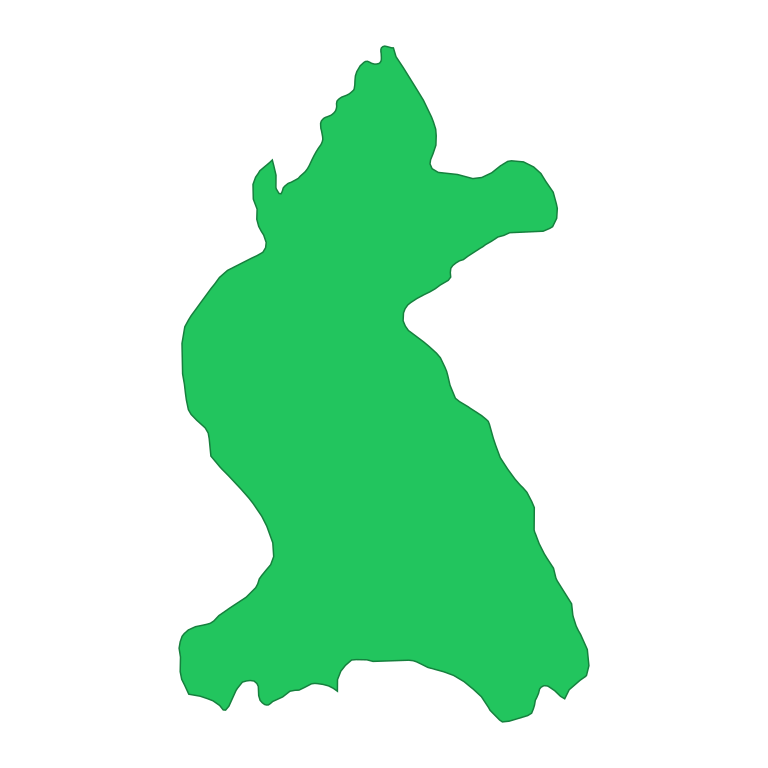 Rabinal, Baja Verapaz, Guatemala
{"feature_id": "79465075B87613469920283", "entity_name": "Rabinal", "entity_type": "district", "adm_level": 2, "iso_a3": "GTM", "parent_name": "Guatemala", "parent_adm1": "Baja Verapaz", "projection": "albers", "projection_center": [-90.508, 15.131], "detail": "fine", "context": "isolated", "style": "filled", "palette": "green", "viewbox_px": 768, "rotation_deg": 0, "n_neighbors": 0, "source": "geoboundaries", "source_scale": "gbopen_adm2", "svg_char_len": 4315}
<svg xmlns="http://www.w3.org/2000/svg" viewBox="0 0 768 768"><path d="M272.3,160.0L269.9,162.3L259.8,170.8L258.4,173.2L255.6,177.2L253.0,184.4L253.3,199.1L257.1,209.1L256.8,219.3L258.7,226.4L261.3,231.3L263.7,235.1L266.2,242.5L265.6,247.7L263.0,252.1L261.5,253.1L259.7,254.1L256.9,255.7L251.5,258.2L227.5,270.4L219.5,277.4L214.7,284.0L211.2,288.3L207.4,293.5L201.3,301.8L196.3,308.7L191.2,315.6L188.5,320.0L184.8,326.8L182.0,343.4L182.6,373.9L184.4,384.1L185.5,393.6L186.4,400.1L188.4,409.7L191.1,414.4L196.7,420.2L205.2,427.9L208.2,433.0L209.2,438.6L210.9,456.1L220.0,467.0L222.3,469.5L228.2,475.4L241.2,489.3L249.0,498.2L253.2,503.6L261.8,516.3L266.8,526.2L272.8,542.8L273.7,556.6L270.7,564.7L265.9,570.4L261.8,575.4L259.3,578.9L257.7,584.0L255.7,587.7L246.2,597.2L230.4,607.6L218.9,615.6L213.8,621.0L210.3,623.3L206.8,624.3L202.3,625.3L195.5,626.7L188.4,629.9L184.3,633.5L182.1,636.3L180.2,641.8L179.1,648.2L180.5,657.1L180.2,671.7L181.7,679.3L184.6,685.1L188.8,694.2L200.2,696.2L207.6,698.7L213.0,700.8L219.7,705.5L223.2,709.9L225.6,710.1L228.9,706.2L236.0,690.5L237.5,688.2L242.4,682.1L246.6,680.9L250.2,680.5L254.0,681.0L256.9,683.5L258.3,686.4L258.7,695.6L260.1,700.3L262.3,702.8L264.6,704.5L266.6,705.0L268.4,704.9L270.3,703.6L272.7,701.5L282.7,696.9L290.0,691.2L294.9,690.3L299.0,690.1L304.6,687.4L311.5,683.8L314.8,683.4L317.5,683.6L323.0,684.4L328.6,685.9L333.3,688.3L337.4,691.2L337.5,679.6L340.8,671.2L345.4,665.4L351.6,660.0L356.1,659.6L366.9,659.8L373.0,661.4L408.7,660.2L413.2,660.7L416.5,661.8L421.5,664.2L427.8,667.4L443.5,671.7L453.6,675.4L464.0,681.6L470.8,687.2L473.2,689.1L481.4,696.7L488.6,707.6L490.0,710.2L492.1,712.4L499.6,720.0L502.4,721.9L509.1,721.2L527.7,715.6L531.6,713.2L533.4,708.8L534.5,705.1L535.3,700.3L536.7,697.6L538.5,693.4L539.6,689.0L541.1,687.2L543.8,685.7L546.2,685.8L547.8,686.1L549.3,687.0L554.7,690.7L560.5,696.3L564.7,698.8L569.2,689.7L580.3,680.1L585.6,676.4L586.5,675.4L588.9,665.7L587.3,649.5L580.6,634.5L578.3,630.5L576.1,625.9L573.3,617.1L572.8,615.0L571.6,603.8L557.1,580.7L555.9,578.1L553.5,568.2L546.7,557.8L545.8,556.3L544.3,553.9L539.1,543.6L535.5,534.0L534.7,532.2L534.1,529.9L534.3,507.6L531.8,501.7L526.9,492.3L523.1,487.9L520.5,485.4L518.6,483.3L514.9,479.0L507.8,469.3L500.2,457.6L495.6,445.2L493.3,438.3L489.4,424.3L488.2,421.3L486.3,419.5L481.6,415.6L472.8,409.9L470.3,408.3L468.2,406.8L459.5,401.6L455.4,398.3L450.0,385.2L447.7,375.3L446.6,371.3L444.9,367.2L440.4,357.8L436.5,353.2L429.0,346.4L424.0,342.2L408.4,330.5L405.3,326.1L403.1,320.8L403.5,312.9L405.1,308.7L407.8,304.9L410.8,302.5L416.9,298.5L424.0,294.7L429.8,291.9L435.3,288.7L440.1,285.1L448.3,280.3L450.7,277.1L450.3,272.6L450.8,268.3L452.8,265.5L455.9,263.0L459.5,260.8L463.4,259.6L467.9,256.2L480.4,248.1L482.7,246.8L485.6,244.6L491.4,241.3L497.9,237.0L503.8,235.4L509.7,232.7L543.2,231.2L549.7,228.4L552.6,226.7L556.7,218.3L557.3,208.4L556.4,204.0L553.2,192.2L545.7,181.3L540.9,173.5L533.7,167.0L523.5,161.9L511.5,160.8L507.7,161.4L500.5,165.8L491.7,172.8L481.8,177.5L472.8,178.6L457.5,174.5L438.2,172.4L432.1,168.7L430.0,163.9L430.6,159.7L433.0,153.8L435.9,145.2L436.2,135.7L435.7,129.2L433.4,121.9L431.5,117.0L423.4,100.2L415.0,86.5L403.3,67.7L396.0,56.7L393.4,47.9L391.4,47.8L389.3,47.2L387.1,46.6L384.7,46.1L382.9,46.6L381.4,47.9L380.9,49.5L380.9,51.7L381.2,53.6L381.4,57.9L381.3,60.0L380.9,61.3L379.9,62.8L378.9,63.5L377.6,63.8L376.1,64.1L374.5,64.1L371.6,63.3L369.6,62.2L367.5,61.3L365.4,61.5L363.8,62.5L362.3,63.9L360.2,65.8L356.8,71.6L355.4,75.9L355.0,80.3L354.8,84.9L354.2,88.8L353.7,90.0L351.9,91.7L350.4,93.0L349.2,93.9L346.5,95.3L341.7,97.1L339.3,98.7L338.2,99.7L337.0,101.1L336.5,103.7L336.7,106.3L336.5,107.8L336.1,109.4L335.3,111.2L334.0,112.8L332.2,114.4L331.1,115.2L329.4,115.9L327.7,116.6L325.4,117.4L323.8,118.3L322.5,119.6L321.3,121.1L320.6,123.4L320.7,126.2L320.9,128.6L321.3,129.9L321.8,132.2L322.6,136.7L322.8,139.1L322.6,140.3L322.2,141.9L321.5,143.5L320.8,144.9L319.6,146.5L318.2,148.5L316.2,151.7L314.0,155.7L312.0,159.7L309.3,165.5L307.5,168.7L305.3,171.6L303.6,173.2L300.1,176.3L298.4,178.3L295.6,179.9L293.7,180.9L291.1,182.3L289.1,183.0L288.0,183.5L284.7,186.2L283.2,188.0L282.6,190.3L281.9,192.2L281.0,193.8L279.0,193.5L277.2,190.5L276.3,189.0L275.9,187.4L276.0,175.2L273.8,165.8L272.3,160.0Z" fill="#22c55e" stroke="#15803d" stroke-width="1.5"/></svg>